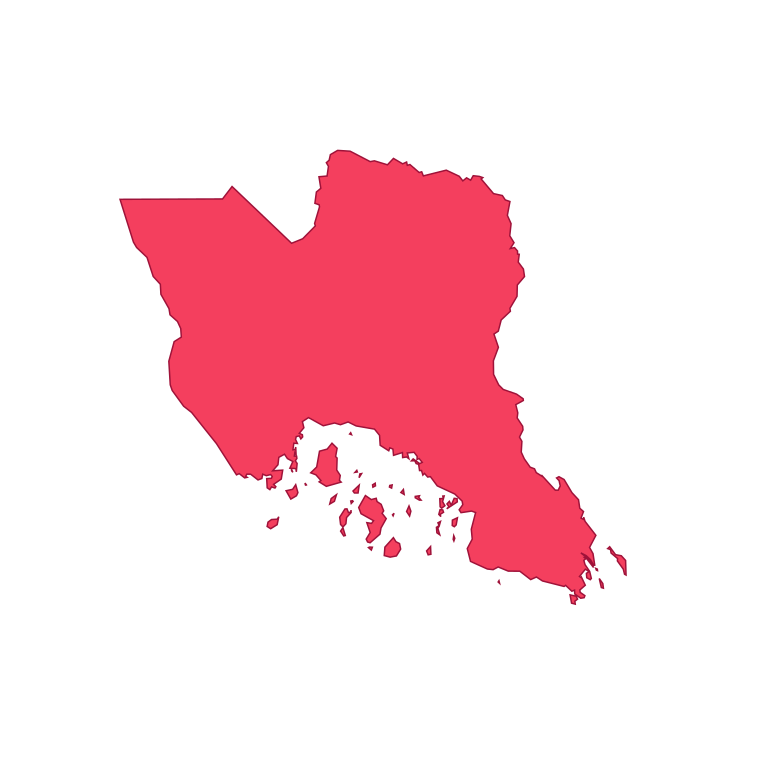 Ghelaelo, Semenawi Keyih Bahri, Eritrea (Natural Earth projection), rotated 154°
{"feature_id": "51966322B44831299318058", "entity_name": "Ghelaelo", "entity_type": "district", "adm_level": 2, "iso_a3": "ERI", "parent_name": "Eritrea", "parent_adm1": "Semenawi Keyih Bahri", "projection": "natural_earth1", "projection_center": [40.103, 14.909], "detail": "fine", "context": "isolated", "style": "filled", "palette": "rose", "viewbox_px": 768, "rotation_deg": 154, "n_neighbors": 0, "source": "geoboundaries", "source_scale": "gbopen_adm2", "svg_char_len": 6206}
<svg xmlns="http://www.w3.org/2000/svg" viewBox="0 0 768 768"><g transform="rotate(154 384 384)"><path d="M556.4,367.0L553.4,366.9L550.4,360.7L547.9,360.1L548.8,361.7L546.8,363.1L543.4,361.4L539.3,353.0L535.2,352.6L532.5,356.1L530.0,353.2L525.6,352.3L525.0,349.9L526.5,348.6L530.9,350.4L534.5,341.9L532.9,339.1L530.2,340.8L527.6,338.3L526.2,339.1L527.2,342.2L518.0,343.6L512.8,351.0L522.1,354.8L514.7,357.9L510.7,364.2L504.2,364.5L503.5,359.3L499.9,354.3L505.5,349.6L500.3,346.6L501.3,343.5L496.9,350.7L497.4,353.8L494.9,355.3L494.2,357.4L496.2,358.5L494.3,361.3L494.0,359.0L491.0,366.0L492.8,364.0L494.7,364.8L491.0,370.3L487.9,368.5L487.8,373.0L485.9,375.2L482.9,374.5L482.8,371.1L480.3,372.1L479.6,374.2L481.8,376.8L475.2,379.8L473.8,386.0L466.6,386.9L456.9,373.1L445.5,370.6L441.0,366.5L432.9,365.6L427.4,358.5L412.3,347.6L410.5,339.8L414.3,330.6L409.0,321.9L406.7,324.1L404.5,321.6L406.7,315.7L397.5,314.3L399.5,309.7L395.7,308.5L394.4,306.0L393.3,311.8L386.9,309.4L385.9,304.4L387.4,301.7L385.1,301.6L384.0,296.8L386.8,296.8L390.6,303.9L393.0,302.9L390.0,301.5L390.0,298.4L388.1,296.6L390.0,290.6L388.2,289.8L389.0,285.1L386.8,285.9L385.5,281.2L382.9,280.4L380.8,269.1L368.6,254.1L365.1,244.5L366.1,241.0L371.6,238.0L371.2,234.6L361.0,231.4L358.0,228.3L369.2,215.2L372.7,205.9L381.3,199.6L384.0,186.6L372.2,172.4L367.3,169.3L361.6,169.5L354.4,161.4L344.0,156.2L337.9,143.9L331.6,143.7L327.9,137.5L310.9,123.1L309.0,123.4L306.0,115.4L303.1,115.2L304.6,111.7L301.1,105.2L297.8,104.2L296.2,105.7L299.0,110.7L298.3,113.0L291.3,114.9L291.2,124.0L291.7,123.7L292.7,125.3L284.2,129.3L281.9,125.5L285.1,125.1L286.7,121.0L284.4,117.7L282.9,118.3L281.3,125.4L282.5,133.5L281.7,137.9L279.3,138.5L279.9,140.1L278.7,139.5L276.1,127.2L276.1,135.2L281.1,145.9L277.5,141.1L275.4,135.6L275.0,129.1L274.0,128.8L270.5,139.9L270.9,147.0L259.9,155.1L263.5,172.4L262.9,176.8L264.0,174.8L265.7,177.1L260.6,181.9L262.5,186.5L259.9,194.7L262.7,203.9L264.0,219.2L267.4,224.0L270.1,223.9L269.0,220.4L270.3,215.1L274.0,212.2L276.6,213.5L282.4,233.2L282.4,231.8L286.0,237.6L285.9,241.8L289.1,245.2L290.7,255.2L290.5,262.6L285.2,272.0L285.5,276.9L279.2,281.8L277.9,285.2L279.2,295.1L276.4,299.4L274.6,307.7L266.0,308.1L265.4,309.7L269.3,316.8L279.2,326.8L281.3,332.9L281.3,344.6L275.5,356.9L265.1,366.8L263.3,380.7L258.1,381.4L250.6,390.2L238.5,394.0L237.7,396.8L226.0,404.5L220.8,414.5L210.6,419.0L208.3,426.2L209.9,434.7L205.6,441.3L207.0,442.2L205.7,445.0L206.9,449.4L211.1,450.4L205.2,454.0L206.0,462.1L199.5,472.4L199.2,481.5L190.8,492.8L194.3,496.3L195.0,501.5L202.1,507.1L206.8,525.7L204.7,526.2L207.3,528.8L212.5,532.1L216.8,529.2L219.4,533.1L224.1,532.0L225.3,537.7L234.3,548.9L257.4,553.8L257.1,558.2L259.7,558.7L264.5,569.9L267.2,570.3L266.4,573.6L270.7,573.7L276.6,582.6L284.8,579.5L294.8,588.8L298.9,589.9L312.4,608.1L323.3,614.3L331.6,613.7L335.2,609.2L338.8,608.2L338.5,604.0L344.0,595.9L351.6,598.8L355.0,587.6L360.6,586.2L366.9,576.7L363.7,573.5L364.3,571.5L376.0,558.7L376.4,556.2L393.4,550.2L405.4,551.0L434.0,628.1L448.0,621.1L540.3,665.7L547.0,621.3L546.5,615.1L541.5,601.7L544.3,581.8L541.3,571.7L545.2,562.4L544.2,546.0L546.0,540.0L542.2,530.7L542.4,522.9L545.6,515.0L554.0,514.1L567.4,498.8L576.5,476.9L577.2,471.0L573.8,451.8L569.4,442.8L560.7,403.8L556.4,367.0ZM480.7,317.3L465.5,314.6L466.3,316.9L463.4,321.0L464.2,327.4L458.6,338.0L459.3,340.0L454.3,346.8L456.7,353.6L463.6,350.4L471.4,351.9L480.9,338.9L488.8,336.3L485.0,332.2L483.0,324.9L485.2,324.5L480.7,317.3ZM466.1,247.4L453.5,250.8L449.8,255.9L441.0,262.0L442.4,268.6L439.9,270.1L439.3,277.1L441.8,281.4L441.1,284.7L446.1,285.7L449.6,291.9L460.9,284.1L461.5,277.5L453.3,265.7L456.3,264.2L460.2,266.9L461.5,256.6L468.0,252.4L468.0,249.2L466.1,247.4ZM454.7,237.0L459.0,229.7L454.4,225.7L448.2,224.0L441.4,228.3L440.0,233.8L442.4,237.0L442.9,241.8L454.7,237.0ZM251.2,107.6L250.2,106.2L244.2,119.5L246.0,125.6L250.7,129.1L252.5,138.8L255.1,138.0L253.0,135.9L254.0,132.5L250.6,124.7L251.8,122.7L250.1,112.7L251.2,107.6ZM483.6,273.5L479.5,275.1L476.2,280.4L469.9,282.9L468.9,285.2L469.9,283.4L472.3,284.0L472.0,288.0L473.9,288.8L482.2,283.7L484.6,276.8L483.6,273.5ZM549.3,303.6L541.7,304.4L536.8,310.8L539.2,309.3L544.5,311.5L548.8,310.7L551.5,307.2L549.3,303.6ZM518.2,321.4L511.7,321.9L509.0,324.1L507.5,332.2L512.3,329.4L518.8,331.0L518.2,321.4ZM308.6,102.3L307.7,105.1L304.3,105.8L304.4,109.1L309.2,112.9L311.5,104.8L308.6,102.3ZM382.3,244.3L369.8,245.9L368.6,248.9L371.0,250.5L376.7,245.6L376.7,249.9L380.0,248.6L379.4,245.3L382.3,244.3ZM386.6,247.1L382.6,247.9L382.9,252.6L379.0,257.0L380.3,257.5L380.9,255.1L384.1,256.5L387.4,249.0L386.6,247.1ZM485.4,299.9L480.0,300.3L475.2,305.4L481.7,304.2L485.4,299.9ZM458.8,301.4L458.4,299.0L455.1,297.4L450.6,304.0L458.8,301.4ZM383.4,224.9L380.9,225.7L376.6,231.6L382.2,231.7L384.7,226.9L383.4,224.9ZM418.9,215.3L419.2,211.1L416.5,210.4L413.4,217.5L418.9,215.3ZM415.0,263.4L419.6,259.5L418.9,254.1L415.6,257.9L415.0,263.4ZM487.5,270.8L486.8,265.1L485.2,264.8L483.9,272.9L487.5,270.8ZM399.7,232.2L401.7,227.1L400.0,224.0L398.9,230.6L396.7,232.1L393.5,235.7L396.4,235.6L396.5,232.6L399.7,232.2ZM275.8,114.8L277.9,105.8L276.3,104.3L274.8,108.7L275.8,114.8ZM391.9,242.8L391.0,239.9L390.7,242.2L386.7,242.6L386.4,245.1L388.7,246.5L391.9,242.8ZM416.4,279.1L414.3,275.9L412.8,280.7L416.4,279.1ZM405.8,268.1L403.1,264.1L401.6,263.4L402.5,266.9L401.1,268.0L405.2,269.3L405.8,268.1ZM439.2,296.1L436.3,296.2L435.4,298.7L438.5,298.4L439.2,296.1ZM469.7,243.8L468.2,240.3L466.0,242.4L468.5,243.8L469.7,243.8ZM424.3,289.0L422.8,287.1L420.9,289.7L423.3,290.3L424.3,289.0ZM445.1,313.8L447.5,310.7L443.4,313.3L445.1,313.8ZM465.8,291.0L463.2,292.0L463.4,292.9L465.2,293.4L465.8,291.0ZM446.3,318.3L448.8,317.3L446.5,316.6L446.3,318.3ZM387.8,217.1L389.9,214.1L390.0,212.3L388.0,214.3L387.8,217.1ZM274.5,125.4L274.7,123.6L273.9,122.7L273.4,124.1L274.5,125.4ZM431.6,263.4L433.7,262.7L433.6,261.5L431.6,263.4ZM505.1,346.4L504.6,344.6L504.5,348.2L505.1,346.4ZM435.3,354.8L436.8,354.1L435.4,352.7L435.3,354.8ZM366.9,156.8L368.2,156.0L367.5,154.2L366.9,156.8ZM498.4,329.6L498.9,327.8L498.6,327.3L498.0,327.3L498.4,329.6ZM278.6,141.5L277.6,139.0L277.7,140.4L278.6,141.5Z" fill="#f43f5e" stroke="#9f1239" stroke-width="1.5"/></g></svg>